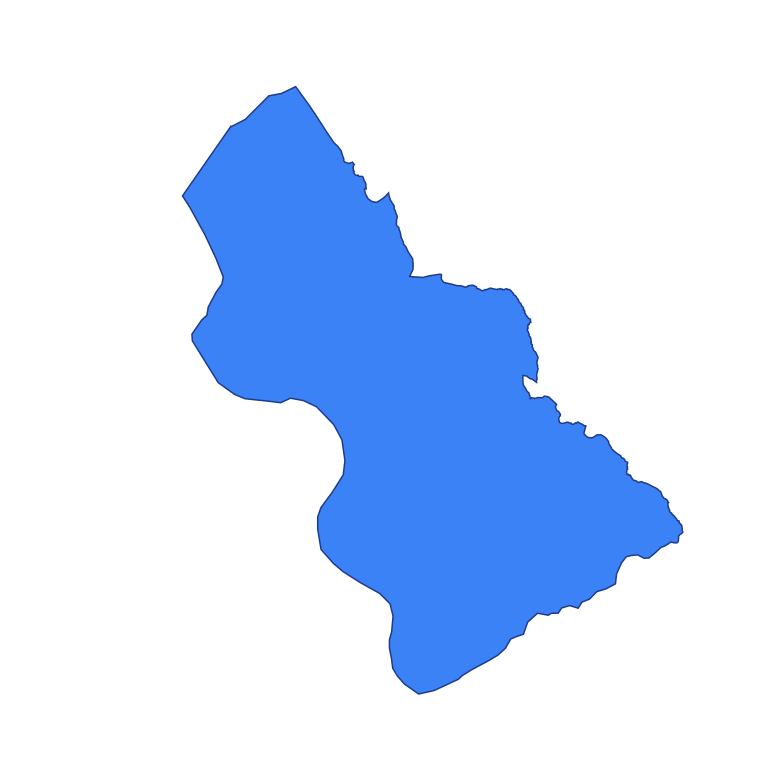 outline of Kwahu Afram Plains North, Eastern, Ghana, rotated 144°
{"feature_id": "2480657B6837938265733", "entity_name": "Kwahu Afram Plains North", "entity_type": "district", "adm_level": 2, "iso_a3": "GHA", "parent_name": "Ghana", "parent_adm1": "Eastern", "projection": "natural_earth1", "projection_center": [-0.105, 6.867], "detail": "fine", "context": "isolated", "style": "filled", "palette": "blue", "viewbox_px": 768, "rotation_deg": 144, "n_neighbors": 0, "source": "geoboundaries", "source_scale": "gbopen_adm2", "svg_char_len": 6116}
<svg xmlns="http://www.w3.org/2000/svg" viewBox="0 0 768 768"><g transform="rotate(144 384 384)"><path d="M436.5,654.6L437.2,641.3L441.2,609.7L446.1,584.4L451.1,565.1L456.5,560.1L466.0,556.9L480.9,549.6L486.9,543.7L494.0,542.9L510.1,537.2L513.7,531.5L517.3,482.5L511.0,463.4L505.1,453.8L487.7,438.1L478.6,429.6L468.0,427.5L458.9,417.9L451.9,405.1L448.5,380.6L450.9,363.4L460.7,344.9L470.3,334.5L488.7,327.1L507.6,321.1L515.7,315.5L523.0,305.5L532.2,287.1L530.4,268.7L527.5,256.5L519.9,237.2L510.6,217.1L508.3,202.7L513.1,190.9L523.4,179.1L529.9,173.9L534.8,167.2L539.5,157.1L544.0,149.0L544.8,139.9L543.9,129.5L538.2,112.8L523.4,106.5L497.1,101.4L492.3,102.1L481.8,101.4L461.1,98.6L451.1,97.7L440.9,98.9L431.4,103.2L425.2,101.8L418.3,99.6L407.7,106.9L394.5,108.3L387.0,100.4L383.3,100.1L377.8,96.2L371.8,98.4L363.9,95.5L358.7,88.5L352.0,91.2L344.3,89.2L333.8,90.9L324.9,87.8L314.2,86.3L307.3,93.8L297.1,99.6L289.8,101.8L289.2,101.8L284.8,99.9L279.2,96.7L276.1,90.2L271.9,87.5L264.0,88.0L256.0,89.0L252.9,88.1L250.1,87.7L245.3,87.5L244.5,87.3L243.1,85.5L241.2,83.8L239.6,83.2L238.2,84.0L236.3,86.1L235.2,87.7L232.6,88.3L231.6,88.1L229.5,88.3L228.6,90.4L227.8,91.5L227.2,92.9L226.2,94.6L226.4,97.0L226.8,97.7L226.5,99.0L226.2,99.1L225.8,99.7L226.2,100.2L226.9,100.8L227.0,101.7L226.5,102.5L226.6,102.9L226.6,103.7L226.8,104.3L226.7,105.7L227.0,106.1L226.8,107.2L227.1,107.6L227.1,108.4L227.5,108.7L227.6,109.0L227.1,110.5L227.7,111.5L227.9,112.4L227.8,113.0L227.2,113.5L227.1,114.7L226.6,116.0L226.8,116.9L225.9,117.8L226.0,118.4L225.0,119.7L224.8,120.3L224.1,120.8L223.4,120.8L223.6,121.8L223.2,122.9L223.4,124.9L224.7,127.3L224.7,130.1L224.0,132.0L223.5,134.3L224.1,136.0L224.5,138.3L225.3,140.3L226.8,142.8L228.0,145.5L230.2,149.6L231.7,151.2L233.1,153.7L233.5,154.0L236.3,154.9L236.3,155.2L236.7,155.9L236.7,156.5L237.0,157.1L237.0,157.5L238.0,158.8L238.4,159.1L238.9,159.8L238.9,160.3L238.7,160.7L238.9,162.9L238.7,163.4L238.7,164.2L238.4,164.5L238.8,165.0L238.5,165.9L239.2,165.9L239.5,167.1L239.9,167.3L239.7,167.6L240.0,167.7L240.4,168.0L240.1,168.5L240.1,169.4L239.9,169.8L239.3,170.2L238.4,171.4L236.9,172.0L237.1,172.3L236.8,172.4L236.8,172.8L235.9,173.7L236.0,174.2L235.8,174.5L235.5,174.5L235.4,175.2L233.1,177.1L233.0,177.6L234.3,180.0L233.8,181.0L233.8,182.4L234.4,183.8L235.1,184.7L234.9,185.3L235.0,186.2L234.7,186.8L235.2,187.8L235.2,188.5L235.8,189.4L236.2,190.3L236.3,191.0L237.3,194.2L237.4,195.5L238.0,197.4L237.4,199.3L237.4,201.3L237.1,202.4L237.2,203.5L236.1,205.7L236.2,208.1L236.1,208.5L236.3,209.2L236.3,210.4L238.3,215.4L240.6,216.9L240.9,217.3L241.4,217.6L246.5,217.9L249.3,219.5L251.0,222.2L251.5,226.1L251.1,226.8L245.3,231.5L246.3,232.3L247.7,235.7L248.8,237.3L249.4,239.1L249.7,239.4L251.4,239.3L251.6,239.6L251.7,240.0L253.9,240.0L255.6,240.8L255.6,242.2L256.1,242.7L257.6,244.8L258.8,245.8L259.6,245.8L262.7,247.1L264.0,248.5L264.7,250.0L264.1,250.6L263.4,252.8L263.0,253.3L261.6,254.2L259.7,255.0L259.1,255.8L258.9,259.0L259.7,260.5L259.6,262.3L258.6,265.0L256.3,266.1L258.3,276.5L259.3,277.5L259.5,278.2L261.6,280.0L262.1,279.8L263.9,279.8L267.8,282.8L270.3,283.5L272.5,286.1L274.3,286.0L273.1,288.5L272.0,291.5L272.6,294.2L272.2,296.0L272.2,297.4L271.9,298.3L272.0,300.7L271.5,302.0L270.4,304.0L266.7,309.3L263.9,306.6L262.6,302.2L261.5,301.2L261.0,300.2L260.5,298.2L259.6,295.7L258.8,297.0L257.2,298.0L256.4,299.7L254.9,302.0L254.0,302.9L252.9,303.6L250.4,305.8L250.0,307.3L249.1,308.3L248.7,309.1L248.5,310.3L247.1,312.1L243.8,314.9L243.3,316.9L243.3,317.5L242.8,318.8L242.9,319.6L242.6,320.3L243.1,323.2L243.0,324.1L242.5,325.1L242.3,326.7L241.9,327.5L240.9,328.5L241.2,328.9L241.2,329.8L240.3,331.2L240.7,331.3L239.1,333.1L238.7,334.5L238.4,334.8L238.0,335.8L238.4,336.8L238.1,337.9L237.1,339.4L237.0,340.7L236.5,341.4L236.7,342.9L235.8,344.1L235.2,344.0L234.8,344.9L234.4,344.8L234.0,346.1L232.7,346.8L232.5,347.3L231.9,347.2L231.6,346.9L229.9,347.9L229.1,347.6L229.0,348.2L228.7,348.2L228.3,349.1L227.5,350.3L228.6,352.8L228.4,354.0L228.8,354.6L228.5,355.1L228.7,356.9L228.2,357.7L228.4,358.7L228.2,359.4L227.6,359.6L227.1,361.0L227.7,361.6L227.3,362.1L227.3,362.5L226.5,363.2L226.4,365.1L226.7,366.6L226.3,367.5L226.1,368.3L226.1,369.1L226.6,370.7L226.0,372.2L226.1,372.7L225.7,373.8L226.0,375.6L225.6,376.6L225.9,378.6L226.6,380.2L226.1,381.1L226.3,382.9L226.5,383.8L226.4,384.8L226.6,385.3L227.0,386.8L228.4,387.6L228.6,387.8L228.4,388.3L229.1,389.2L230.4,389.6L231.2,389.5L232.2,390.4L232.5,391.2L232.9,391.0L233.2,391.6L233.5,391.8L233.8,392.8L235.3,393.3L235.9,393.8L236.9,393.8L237.9,395.1L238.6,395.4L239.4,396.7L239.9,397.0L240.2,397.6L241.4,398.9L242.6,399.5L243.4,399.4L244.2,399.8L245.7,400.0L246.2,400.4L246.6,401.0L247.4,400.9L249.7,401.6L250.6,403.2L250.9,404.3L251.7,405.6L252.4,406.1L252.8,406.7L252.7,407.0L252.3,407.4L252.4,408.1L252.2,408.6L254.0,411.7L257.7,413.8L261.2,414.3L263.7,417.9L267.4,420.9L270.4,424.8L276.1,431.2L275.9,435.3L273.2,438.8L274.6,440.2L283.8,444.9L289.7,447.2L297.9,454.0L299.9,456.1L293.3,459.5L289.7,464.2L287.2,468.6L286.8,476.5L285.7,482.0L285.8,484.1L286.2,485.4L284.8,487.5L284.6,489.8L283.6,493.5L282.4,495.6L281.3,498.4L281.2,499.6L280.0,502.0L280.6,504.3L280.2,505.9L279.4,506.9L278.4,507.8L278.0,508.7L276.8,510.0L276.0,510.4L275.0,511.6L274.6,512.5L274.0,514.8L273.3,517.1L273.0,517.6L272.9,519.1L272.3,520.7L271.3,521.7L271.1,522.3L270.7,529.2L270.1,530.4L270.1,531.1L269.6,532.0L269.5,532.8L268.0,535.9L271.9,535.1L275.7,534.8L282.5,535.1L284.3,536.3L286.5,538.8L288.0,543.1L287.2,549.1L285.2,553.2L283.6,552.3L282.3,554.9L281.2,556.2L280.5,558.6L280.6,560.4L279.4,563.1L279.4,564.1L279.8,565.0L281.8,566.3L282.1,566.7L282.2,568.1L283.1,568.7L283.6,568.8L284.2,569.8L284.4,571.8L284.2,572.8L283.9,573.3L283.3,573.3L283.1,573.8L283.4,574.6L283.3,575.1L282.5,575.7L281.9,577.3L280.6,578.1L279.6,579.2L279.0,579.1L279.1,582.0L282.3,582.9L283.7,584.2L285.2,586.5L285.4,588.2L284.2,589.7L283.4,592.7L281.6,597.9L281.7,603.3L282.7,608.7L282.4,619.0L281.1,642.6L280.7,655.3L280.7,676.5L296.4,679.4L307.7,684.8L340.7,679.6L357.0,682.1L356.9,682.3L436.5,654.6Z" fill="#3b82f6" stroke="#1e3a8a" stroke-width="1.5"/></g></svg>